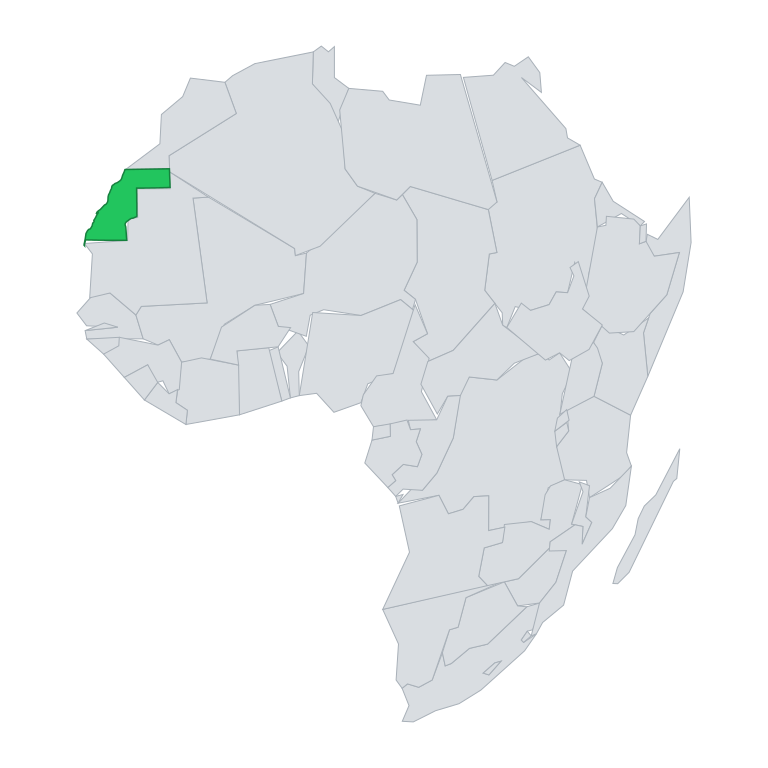 Africa, with Western Sahara highlighted
{"feature_id": "ESH", "entity_name": "Western Sahara", "entity_type": "country or territory", "adm_level": 0, "iso_a3": "ESH", "parent_name": "Africa", "parent_adm1": "", "projection": "orthographic", "projection_center": [-13.3, 24.236], "detail": "fine", "context": "in_parent", "style": "filled", "palette": "green", "viewbox_px": 768, "rotation_deg": 0, "n_neighbors": 49, "source": "natural_earth", "source_scale": "50m", "svg_char_len": 11807}
<svg xmlns="http://www.w3.org/2000/svg" viewBox="0 0 768 768"><path d="M594.0,396.3L630.6,415.2L626.6,452.6L631.4,466.1L625.2,474.5L589.5,497.6L586.5,480.4L564.6,479.8L557.4,465.7L556.6,446.7L568.7,430.9L566.7,409.6L594.0,396.3Z" fill="#d9dde1" stroke="#a8b0b8" stroke-width="1"/><path d="M556.6,446.7L564.6,479.8L548.2,487.8L540.9,519.8L550.4,519.6L549.2,529.3L531.2,521.6L488.6,530.6L488.7,495.8L473.9,496.6L463.1,509.3L448.4,513.8L438.9,495.3L398.1,503.2L412.8,487.7L422.4,490.3L436.9,473.0L453.3,437.9L461.0,388.0L469.3,377.0L496.9,380.0L525.0,358.1L539.8,353.3L549.2,360.0L559.6,352.8L572.5,373.0L562.3,393.7L556.6,446.7Z" fill="#d9dde1" stroke="#a8b0b8" stroke-width="1"/><path d="M647.8,376.4L643.5,332.9L650.1,313.6L666.8,294.8L679.4,252.5L654.3,256.2L645.3,245.8L647.3,234.3L657.8,239.4L689.2,197.3L691.1,242.5L683.1,291.9L647.8,376.4Z" fill="#d9dde1" stroke="#a8b0b8" stroke-width="1"/><path d="M630.6,415.2L594.0,396.3L602.3,363.3L593.6,342.5L602.3,325.0L623.8,335.0L648.6,317.9L643.5,332.9L647.8,376.4L630.6,415.2Z" fill="#d9dde1" stroke="#a8b0b8" stroke-width="1"/><path d="M513.1,329.8L506.0,327.3L502.7,325.2L502.2,312.8L484.7,290.3L489.3,254.0L496.9,252.5L487.5,205.1L497.0,202.0L492.1,180.4L580.1,145.2L594.4,179.0L602.2,182.3L594.5,198.7L598.1,236.7L588.6,274.6L589.2,296.1L574.7,262.4L567.6,292.7L556.2,291.9L549.1,304.6L530.6,310.4L515.2,306.6L506.8,327.5L513.1,329.8Z" fill="#d9dde1" stroke="#a8b0b8" stroke-width="1"/><path d="M488.3,209.6L496.9,252.5L489.3,254.0L484.7,290.3L494.9,303.4L453.2,350.4L427.8,361.5L413.2,341.6L427.5,333.7L415.5,299.4L404.1,290.3L417.2,262.1L416.9,219.6L402.4,194.6L410.3,186.5L488.3,209.6Z" fill="#d9dde1" stroke="#a8b0b8" stroke-width="1"/><path d="M402.1,688.3L407.5,683.9L418.7,687.3L432.2,680.0L442.4,652.7L445.2,665.9L451.3,663.5L469.4,648.4L487.6,644.1L526.8,606.8L539.5,603.0L538.3,617.9L532.6,629.8L527.3,631.2L521.3,640.0L523.6,642.4L536.4,633.8L524.6,650.8L481.0,690.0L459.0,703.7L435.6,710.7L413.3,721.9L402.3,721.3L409.0,705.6L402.1,688.3ZM501.0,661.2L494.8,662.9L483.2,673.1L488.9,674.9L501.0,661.2Z" fill="#d9dde1" stroke="#a8b0b8" stroke-width="1"/><path d="M501.0,661.2L488.9,674.9L483.2,673.1L494.8,662.9L501.0,661.2Z" fill="#d9dde1" stroke="#a8b0b8" stroke-width="1"/><path d="M539.5,603.0L517.6,605.9L504.3,581.9L518.5,578.7L549.5,547.9L566.4,550.6L555.9,582.3L539.5,603.0Z" fill="#d9dde1" stroke="#a8b0b8" stroke-width="1"/><path d="M526.8,606.8L487.6,644.1L469.4,648.4L451.3,663.5L445.2,665.9L442.4,652.7L449.5,629.8L458.1,627.2L466.0,597.6L504.3,581.9L517.6,605.9L526.8,606.8Z" fill="#d9dde1" stroke="#a8b0b8" stroke-width="1"/><path d="M449.5,629.8L432.2,680.0L418.7,687.3L407.5,683.9L402.1,688.3L396.1,680.0L398.5,644.0L382.7,609.4L503.1,581.1L466.0,597.6L458.1,627.2L449.5,629.8Z" fill="#d9dde1" stroke="#a8b0b8" stroke-width="1"/><path d="M86.6,325.8L76.9,313.0L93.4,294.4L110.0,293.0L135.9,315.0L143.2,338.8L86.8,339.1L85.1,330.6L117.8,327.2L86.6,325.8Z" fill="#d9dde1" stroke="#a8b0b8" stroke-width="1"/><path d="M143.2,338.8L135.9,315.0L141.3,306.4L207.1,302.9L193.0,198.1L208.4,197.1L294.6,248.5L295.4,255.6L306.5,253.1L303.6,293.5L254.9,305.3L224.4,324.2L210.3,359.1L181.6,362.2L169.3,339.7L158.0,345.1L143.2,338.8Z" fill="#d9dde1" stroke="#a8b0b8" stroke-width="1"/><path d="M84.4,243.5L127.6,240.4L128.1,218.5L137.7,217.5L137.1,188.8L170.1,188.7L169.5,171.8L208.4,197.1L193.0,198.1L207.1,302.9L141.3,306.4L135.9,315.0L110.0,293.0L89.7,297.8L92.4,253.9L84.4,243.5Z" fill="#d9dde1" stroke="#a8b0b8" stroke-width="1"/><path d="M299.3,395.6L290.4,397.9L287.1,366.2L277.0,352.7L297.9,331.0L308.9,346.1L298.7,371.6L299.3,395.6Z" fill="#d9dde1" stroke="#a8b0b8" stroke-width="1"/><path d="M402.4,194.6L416.9,219.6L417.2,262.1L404.1,290.3L415.5,299.4L412.5,309.5L400.6,299.6L361.0,315.5L323.7,309.7L310.2,315.2L306.3,336.3L278.3,326.4L270.1,304.4L303.6,293.5L306.5,253.1L375.0,193.3L396.7,200.0L402.4,194.6Z" fill="#d9dde1" stroke="#a8b0b8" stroke-width="1"/><path d="M299.3,395.6L312.7,312.5L361.0,315.5L400.6,299.6L416.8,313.0L393.1,373.5L367.8,383.8L360.9,402.7L333.9,412.3L316.6,393.3L299.3,395.6Z" fill="#d9dde1" stroke="#a8b0b8" stroke-width="1"/><path d="M415.1,304.7L427.5,333.7L413.2,341.6L429.1,358.3L421.4,391.7L436.7,419.8L373.5,426.7L360.9,405.7L363.3,394.8L376.6,375.9L393.1,373.5L415.1,304.7Z" fill="#d9dde1" stroke="#a8b0b8" stroke-width="1"/><path d="M278.1,346.8L290.4,397.9L281.8,401.1L268.1,351.0L278.1,346.8Z" fill="#d9dde1" stroke="#a8b0b8" stroke-width="1"/><path d="M268.7,347.5L281.8,401.1L239.5,414.8L236.9,350.9L268.7,347.5Z" fill="#d9dde1" stroke="#a8b0b8" stroke-width="1"/><path d="M181.6,362.2L201.5,357.9L238.6,365.1L239.5,414.8L185.9,424.5L187.4,410.3L175.9,402.6L181.6,362.2Z" fill="#d9dde1" stroke="#a8b0b8" stroke-width="1"/><path d="M119.3,337.3L158.0,345.1L169.3,339.7L181.6,362.2L179.3,389.5L169.1,393.8L162.9,380.8L154.6,383.1L147.7,364.8L124.3,377.4L103.6,354.1L119.3,337.3Z" fill="#d9dde1" stroke="#a8b0b8" stroke-width="1"/><path d="M86.8,339.1L119.3,337.3L118.8,345.8L103.6,354.1L86.8,339.1Z" fill="#d9dde1" stroke="#a8b0b8" stroke-width="1"/><path d="M177.5,389.6L175.9,402.6L187.4,410.3L185.9,424.5L144.4,400.0L157.7,382.4L169.1,393.8L177.5,389.6Z" fill="#d9dde1" stroke="#a8b0b8" stroke-width="1"/><path d="M124.3,377.4L147.7,364.8L157.7,382.4L144.4,400.0L124.3,377.4Z" fill="#d9dde1" stroke="#a8b0b8" stroke-width="1"/><path d="M210.3,359.1L221.5,327.1L254.9,305.3L270.1,304.4L278.3,326.4L290.6,327.6L278.1,346.8L236.9,350.9L238.6,365.1L210.3,359.1Z" fill="#d9dde1" stroke="#a8b0b8" stroke-width="1"/><path d="M539.8,353.3L514.3,363.2L496.9,380.0L469.3,377.0L460.4,395.5L447.7,396.3L437.3,414.0L420.9,384.2L427.8,361.5L453.2,350.4L494.9,303.4L502.7,325.2L539.8,353.3Z" fill="#d9dde1" stroke="#a8b0b8" stroke-width="1"/><path d="M460.4,395.5L453.3,437.9L436.9,473.0L422.4,490.3L403.1,489.1L395.7,496.4L387.8,487.5L395.7,480.6L392.1,474.7L403.3,464.4L417.4,466.7L421.9,454.4L416.2,441.7L420.4,428.9L410.5,429.7L408.3,420.3L436.7,419.8L447.7,396.3L460.4,395.5Z" fill="#d9dde1" stroke="#a8b0b8" stroke-width="1"/><path d="M390.1,423.9L407.0,420.0L410.5,429.7L420.4,428.9L416.2,441.7L421.9,454.4L417.4,466.7L403.3,464.4L392.1,474.7L395.7,480.6L387.8,487.5L364.8,463.0L372.0,440.1L390.4,436.3L390.1,423.9Z" fill="#d9dde1" stroke="#a8b0b8" stroke-width="1"/><path d="M373.5,426.7L390.1,423.9L390.4,436.3L372.0,440.1L373.5,426.7Z" fill="#d9dde1" stroke="#a8b0b8" stroke-width="1"/><path d="M564.6,479.8L582.3,484.6L571.6,524.1L575.0,524.8L550.2,541.8L549.5,547.9L518.5,578.7L487.4,585.6L478.7,576.4L484.2,547.9L502.5,542.5L504.4,524.5L531.2,521.6L549.2,529.3L550.4,519.6L540.9,519.8L545.1,494.8L550.5,485.9L564.6,479.8Z" fill="#d9dde1" stroke="#a8b0b8" stroke-width="1"/><path d="M579.3,481.9L589.5,485.7L585.8,516.8L591.8,522.4L582.1,544.3L582.9,526.5L571.6,524.1L583.0,491.8L579.3,481.9Z" fill="#d9dde1" stroke="#a8b0b8" stroke-width="1"/><path d="M589.5,497.6L610.2,488.2L631.4,466.1L625.8,505.5L612.4,528.6L572.6,571.1L563.6,605.1L542.6,622.5L536.4,633.8L531.2,635.9L539.5,603.0L555.9,582.3L566.4,550.6L549.2,551.0L550.2,541.8L575.0,524.8L582.9,526.5L582.1,544.3L591.8,522.4L585.8,516.8L589.5,497.6Z" fill="#d9dde1" stroke="#a8b0b8" stroke-width="1"/><path d="M531.2,635.9L523.6,642.4L521.3,640.0L527.3,631.2L531.2,635.9Z" fill="#d9dde1" stroke="#a8b0b8" stroke-width="1"/><path d="M395.7,496.4L403.0,494.5L398.1,503.2L395.7,496.4ZM399.3,505.9L438.9,495.3L448.4,513.8L463.1,509.3L473.9,496.6L488.7,495.8L488.6,530.6L504.9,527.1L502.5,542.5L484.2,547.9L478.7,576.4L487.4,585.6L382.7,609.4L409.5,552.2L399.3,505.9Z" fill="#d9dde1" stroke="#a8b0b8" stroke-width="1"/><path d="M566.8,422.4L568.7,430.9L556.6,446.7L554.8,431.2L566.8,422.4Z" fill="#d9dde1" stroke="#a8b0b8" stroke-width="1"/><path d="M679.8,448.7L676.8,478.5L673.4,481.3L629.1,572.3L617.7,583.7L612.9,583.5L617.4,567.6L635.0,534.8L638.2,518.6L644.3,506.0L655.8,494.9L679.8,448.7Z" fill="#d9dde1" stroke="#a8b0b8" stroke-width="1"/><path d="M85.1,330.6L104.3,323.0L117.8,327.2L85.1,330.6Z" fill="#d9dde1" stroke="#a8b0b8" stroke-width="1"/><path d="M338.0,122.4L312.4,83.9L313.3,51.9L321.3,46.1L328.4,51.8L334.4,46.6L334.4,77.6L348.8,88.4L338.0,122.4Z" fill="#d9dde1" stroke="#a8b0b8" stroke-width="1"/><path d="M169.5,171.8L169.0,155.7L236.3,113.5L224.9,82.3L232.7,75.6L254.9,63.6L313.3,51.9L312.4,83.9L330.2,103.4L342.8,131.5L345.1,168.9L357.5,186.2L375.0,193.3L320.1,246.2L295.4,255.6L294.6,248.5L169.5,171.8Z" fill="#d9dde1" stroke="#a8b0b8" stroke-width="1"/><path d="M597.4,227.0L594.5,198.7L602.2,182.3L613.2,201.3L644.5,221.5L640.3,225.9L621.4,213.5L597.4,227.0Z" fill="#d9dde1" stroke="#a8b0b8" stroke-width="1"/><path d="M125.6,169.5L159.9,143.8L161.4,114.5L182.7,96.6L190.4,78.1L224.9,82.3L236.3,113.5L169.0,155.7L169.6,168.8L125.6,169.5Z" fill="#d9dde1" stroke="#a8b0b8" stroke-width="1"/><path d="M580.1,145.2L492.1,180.4L463.4,77.4L493.4,75.2L505.1,62.5L514.3,66.3L528.3,56.8L539.8,72.6L541.4,92.4L521.4,77.5L565.9,128.6L567.5,137.9L580.1,145.2Z" fill="#d9dde1" stroke="#a8b0b8" stroke-width="1"/><path d="M460.4,74.5L497.0,202.0L488.3,209.6L410.3,186.5L396.7,200.0L357.5,186.2L345.1,168.9L339.7,110.0L348.8,88.4L382.7,91.3L389.2,100.0L420.3,105.2L426.5,75.3L460.4,74.5Z" fill="#d9dde1" stroke="#a8b0b8" stroke-width="1"/><path d="M679.4,252.5L666.8,294.8L633.8,331.6L609.4,333.1L582.5,309.0L597.4,227.0L605.9,225.3L606.4,216.3L633.8,219.1L640.3,225.9L639.4,243.8L646.0,241.3L654.3,256.2L679.4,252.5Z" fill="#d9dde1" stroke="#a8b0b8" stroke-width="1"/><path d="M640.3,225.9L646.5,223.9L646.0,241.3L639.4,243.8L640.3,225.9Z" fill="#d9dde1" stroke="#a8b0b8" stroke-width="1"/><path d="M594.0,396.3L559.8,414.3L572.4,356.5L593.6,342.5L597.5,348.1L602.3,363.3L594.0,396.3Z" fill="#d9dde1" stroke="#a8b0b8" stroke-width="1"/><path d="M566.7,409.6L569.1,420.2L554.8,431.2L557.4,418.1L566.7,409.6Z" fill="#d9dde1" stroke="#a8b0b8" stroke-width="1"/><path d="M569.2,360.6L559.6,352.8L545.4,360.1L506.8,327.5L521.3,303.1L530.6,310.4L549.1,304.6L556.2,291.9L567.6,292.7L573.9,275.9L570.0,267.5L578.3,261.6L589.2,296.1L582.5,309.0L602.3,325.0L589.1,349.4L569.2,360.6Z" fill="#d9dde1" stroke="#a8b0b8" stroke-width="1"/><path d="M169.6,173.0L169.6,174.9L169.7,177.1L169.8,179.3L169.9,181.8L170.0,184.3L170.0,186.2L170.1,187.4L168.0,187.5L166.2,187.6L164.3,187.6L162.4,187.7L160.6,187.7L158.7,187.8L156.8,187.8L155.0,187.9L153.1,187.9L151.2,187.9L149.3,188.0L147.5,188.0L145.6,188.0L143.7,188.1L141.9,188.1L140.0,188.1L138.1,188.1L136.6,188.1L136.6,189.5L136.6,191.0L136.6,192.5L136.7,194.0L136.7,195.6L136.7,197.1L136.7,198.6L136.7,200.1L136.7,201.7L136.8,203.2L136.8,204.7L136.8,206.2L136.8,207.8L136.8,209.3L136.8,210.8L136.8,212.3L136.8,213.8L136.9,215.2L136.8,216.4L136.2,216.8L134.7,217.4L133.2,218.1L131.3,218.4L130.7,218.7L129.5,219.5L127.9,220.7L126.5,221.7L125.5,223.0L125.2,223.7L125.1,224.5L125.2,225.2L125.7,226.6L125.8,227.4L125.9,228.6L126.0,230.0L126.1,231.5L126.2,232.9L126.3,234.5L126.4,236.1L126.5,237.7L126.6,238.9L126.7,240.3L125.1,240.3L122.7,240.3L120.3,240.3L117.9,240.3L115.5,240.3L113.1,240.3L110.7,240.3L108.4,240.3L106.0,240.3L103.6,240.2L101.2,240.2L98.8,240.2L96.4,240.1L94.0,240.1L91.6,240.0L89.3,240.0L86.9,239.9L85.5,239.9L85.1,242.0L84.6,243.5L84.4,244.7L84.5,245.7L84.0,245.1L85.1,239.3L85.2,238.9L86.0,233.5L87.5,230.7L88.7,229.4L90.4,228.8L92.1,225.9L92.7,223.2L93.8,222.0L94.2,221.1L93.8,220.3L94.8,218.9L96.0,216.7L96.6,215.3L98.0,213.1L98.2,212.6L98.1,212.1L97.6,212.5L96.9,213.3L96.2,214.0L96.5,213.2L97.1,212.0L98.4,210.8L100.3,209.5L104.5,205.0L106.0,204.3L107.4,202.4L107.9,200.7L108.1,196.8L108.6,194.7L109.5,193.1L110.6,190.2L111.4,188.9L111.9,186.3L112.5,185.3L113.5,184.8L115.0,183.5L117.2,182.7L119.7,181.0L120.9,179.9L121.7,178.4L122.6,175.3L124.1,172.1L124.9,169.7L125.1,169.5L169.4,168.8L169.5,170.7L169.6,173.0Z" fill="#22c55e" stroke="#15803d" stroke-width="1.5"/></svg>